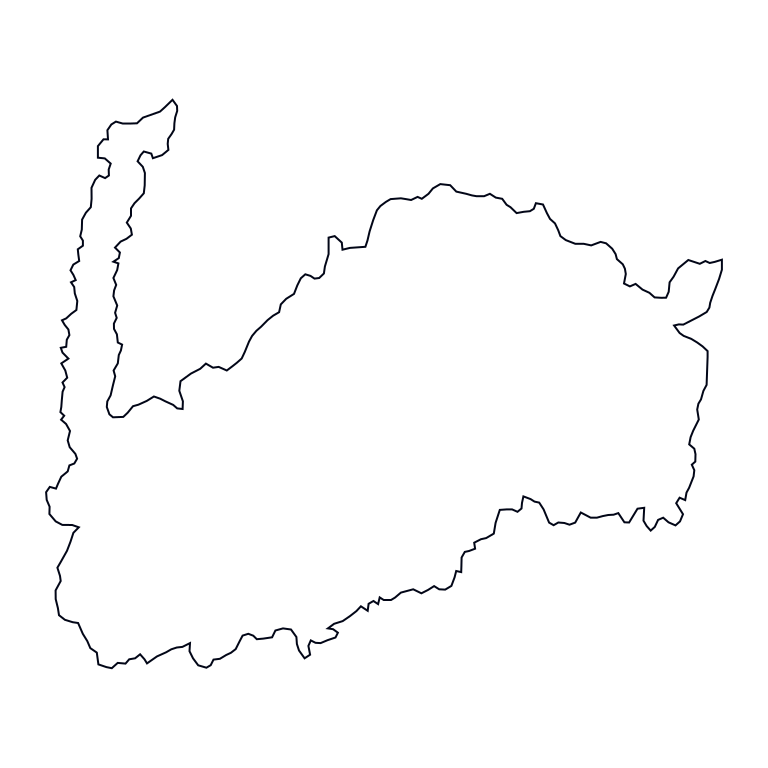 Itapaci, Goiás, Brazil
{"feature_id": "56859067B10600417055879", "entity_name": "Itapaci", "entity_type": "district", "adm_level": 2, "iso_a3": "BRA", "parent_name": "Brazil", "parent_adm1": "Goiás", "projection": "robinson", "projection_center": [-49.677, -14.921], "detail": "fine", "context": "isolated", "style": "outline", "palette": "ink", "viewbox_px": 768, "rotation_deg": 0, "n_neighbors": 0, "source": "geoboundaries", "source_scale": "gbopen_adm2", "svg_char_len": 5329}
<svg xmlns="http://www.w3.org/2000/svg" viewBox="0 0 768 768"><path d="M46.1,492.2L46.7,499.9L49.6,506.7L49.4,514.0L55.7,521.4L62.3,524.9L72.2,525.0L78.8,527.3L73.4,532.8L70.5,541.7L67.0,550.8L61.0,561.5L57.4,567.7L60.0,575.9L60.7,581.0L55.6,590.4L55.7,599.1L57.9,608.1L59.0,615.2L64.9,619.8L72.7,622.2L78.1,623.0L82.8,633.8L87.3,641.1L90.3,648.1L96.8,652.6L98.4,664.4L106.4,667.1L111.8,668.2L117.7,662.9L125.5,663.6L129.2,659.3L135.1,658.3L140.1,654.3L144.5,659.3L147.0,663.4L157.0,656.4L166.1,652.3L171.3,649.3L176.8,647.5L182.4,646.9L190.0,643.1L189.5,651.2L193.0,658.3L198.2,665.3L206.4,667.7L210.7,665.2L213.5,659.6L219.9,658.8L226.2,655.0L230.9,652.8L235.7,649.1L239.6,641.3L242.6,635.6L248.3,633.8L253.3,635.7L256.8,639.2L263.4,638.6L272.1,637.3L275.4,630.5L283.0,628.4L291.0,629.5L296.4,637.0L296.9,644.0L299.0,650.5L304.6,658.3L310.1,654.7L308.4,645.9L310.8,640.4L315.5,642.8L320.6,643.1L327.5,640.2L335.5,637.5L337.9,632.7L333.1,629.2L327.9,628.4L334.1,623.8L342.7,621.1L350.1,616.0L356.4,611.1L360.9,606.3L367.7,610.8L368.6,603.8L373.4,601.0L378.1,604.1L379.7,597.4L383.7,600.0L391.0,600.0L395.0,597.6L400.9,592.6L413.2,589.3L421.4,593.3L428.1,589.9L434.1,586.1L439.2,589.3L445.2,589.6L451.4,585.9L454.6,577.3L456.2,571.0L461.2,572.1L461.4,566.1L461.6,557.5L464.8,551.9L469.0,551.0L475.1,548.7L474.2,542.7L481.0,539.2L486.1,538.1L493.8,533.6L495.6,522.8L499.8,509.9L506.7,509.4L512.1,509.4L517.5,511.8L521.5,508.5L522.0,502.9L523.4,496.4L530.6,499.1L534.5,501.6L539.2,502.6L543.6,509.4L549.1,522.6L553.6,525.2L558.3,522.5L564.4,523.0L569.5,524.7L575.2,522.6L580.8,512.5L585.0,514.7L590.7,517.7L596.8,517.7L602.7,516.1L608.2,515.0L613.6,514.7L618.3,513.1L624.4,522.3L629.1,522.5L637.5,508.7L644.2,507.8L643.5,520.7L646.7,526.1L650.7,530.6L654.8,526.9L658.1,519.9L663.2,517.7L668.5,522.3L675.5,525.4L680.0,521.4L683.0,514.2L676.2,503.2L679.6,497.7L685.2,500.1L686.5,492.6L689.1,487.8L693.6,476.4L694.3,470.2L691.8,464.7L695.3,461.6L695.5,454.2L694.3,448.7L689.2,444.4L690.6,437.2L693.2,430.7L696.3,424.5L698.8,419.5L697.2,409.5L698.4,403.7L701.0,399.4L703.4,390.9L706.6,384.9L707.6,356.9L707.6,351.1L702.6,346.4L697.2,342.5L691.3,338.9L683.7,335.9L679.6,333.0L674.1,325.5L678.8,324.4L683.3,324.6L691.1,320.6L699.1,316.5L706.7,312.0L709.4,307.6L710.2,302.8L712.5,295.9L715.1,289.4L719.1,278.9L721.9,269.7L721.9,259.7L714.7,261.9L709.7,263.0L705.4,261.0L699.8,263.8L688.3,260.0L678.1,268.4L673.6,276.7L669.6,282.3L668.7,291.8L666.1,297.7L661.2,297.8L654.6,297.4L649.4,292.8L642.5,289.6L635.6,283.9L629.9,286.4L624.0,283.5L625.8,274.0L624.9,268.7L622.8,264.3L616.9,259.1L615.6,254.1L612.2,248.7L606.1,243.3L600.6,241.9L591.2,245.4L583.7,243.8L575.3,243.8L565.8,240.1L560.4,236.1L558.2,230.2L555.0,223.4L550.0,218.9L546.9,213.1L543.0,204.5L535.9,203.2L533.8,208.8L529.9,211.2L523.7,211.8L516.6,213.1L510.5,207.2L506.6,204.8L502.2,198.8L495.8,197.6L489.9,193.8L484.1,196.2L476.5,196.2L471.9,195.4L466.2,193.8L456.3,191.6L450.2,185.2L440.3,184.1L432.9,188.4L428.5,193.8L421.8,198.8L417.6,196.9L411.1,200.0L405.9,199.1L400.9,198.3L390.6,199.1L385.9,201.9L380.4,206.0L376.9,210.3L373.2,220.1L369.6,231.4L367.5,240.4L365.4,246.8L349.9,247.9L342.5,249.7L341.8,242.6L334.7,236.1L328.6,237.6L328.6,254.1L324.9,266.5L323.9,273.5L319.2,278.0L314.5,278.6L310.5,275.9L305.3,274.3L300.8,278.3L297.3,285.4L294.0,293.9L286.2,298.8L280.8,304.4L279.1,312.2L273.1,315.7L267.6,320.1L261.1,326.7L256.4,330.8L252.1,335.9L249.0,341.6L244.8,351.9L241.7,358.5L236.7,362.9L232.5,366.2L226.8,370.5L218.7,366.9L213.0,367.7L205.9,363.6L200.2,368.8L190.9,373.6L180.5,381.2L179.3,390.8L182.9,401.3L182.6,409.0L177.2,408.4L173.2,404.9L165.3,401.3L160.2,398.7L153.9,396.5L146.8,400.9L138.4,404.7L133.0,406.2L127.7,412.7L123.3,416.9L113.0,417.3L109.4,414.3L106.8,407.0L107.3,401.4L110.6,395.4L112.9,385.5L115.2,376.3L113.6,370.5L117.8,363.4L118.8,355.0L120.9,350.5L122.1,344.6L117.8,342.5L116.9,334.3L114.0,328.9L113.9,323.6L116.7,317.9L115.1,312.8L117.2,305.5L113.4,296.3L114.1,290.4L116.2,284.9L113.4,278.0L117.2,270.0L118.4,263.4L113.4,261.7L118.8,258.1L119.9,252.5L115.0,247.6L120.6,241.6L126.5,238.8L131.9,234.7L130.8,228.5L126.8,222.6L131.0,215.8L131.0,208.4L134.5,203.2L139.1,198.6L143.8,193.3L144.7,185.4L144.9,173.0L142.8,166.8L137.6,161.3L140.5,155.3L143.8,151.5L151.3,153.6L152.9,158.2L162.1,155.1L168.4,149.9L167.7,143.9L168.2,138.8L171.6,134.0L174.1,129.7L174.4,123.2L175.2,117.3L177.2,110.9L177.0,106.0L172.5,99.8L165.1,107.0L160.0,111.6L143.0,117.6L137.0,123.3L131.3,123.5L122.6,123.5L115.9,121.6L111.3,124.5L107.4,130.2L108.0,139.4L103.5,139.3L97.9,146.1L97.9,151.3L97.9,157.7L104.8,158.4L110.7,163.6L108.7,169.5L108.9,175.5L105.1,178.1L99.3,175.5L95.2,179.8L91.5,187.8L91.6,198.9L90.8,207.2L85.9,212.7L82.1,219.6L81.8,229.6L80.2,236.3L82.9,240.6L82.9,245.7L77.8,249.3L78.3,254.3L79.2,261.0L73.3,264.6L70.5,270.3L73.4,274.9L75.7,280.1L71.0,282.3L74.2,287.0L74.8,293.4L77.3,301.0L76.4,310.0L71.2,313.8L66.2,318.4L62.0,320.3L64.7,324.9L68.4,329.5L69.4,335.1L66.8,339.7L66.2,346.8L60.8,347.8L62.5,352.6L68.4,358.6L61.3,363.4L65.3,370.5L67.2,377.7L62.5,382.5L64.6,387.1L62.6,391.7L61.8,400.3L61.3,407.0L60.4,412.1L64.2,415.7L61.1,419.7L66.1,424.0L70.0,431.0L67.7,440.4L69.7,447.2L75.4,453.9L77.1,458.7L74.3,463.5L69.4,465.4L67.7,471.4L61.3,476.7L58.0,483.8L56.0,488.6L49.8,486.9L46.1,492.2Z" fill="none" stroke="#020617" stroke-width="2"/></svg>